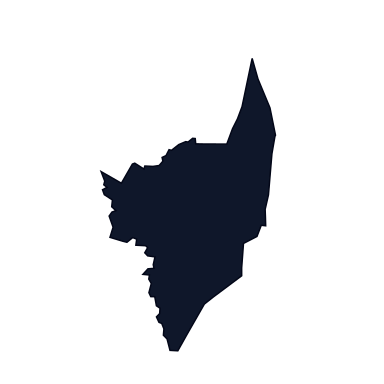 Centre, Pennsylvania, United States of America (Mercator projection), rotated 303°
{"feature_id": "52423323B56573766601238", "entity_name": "Centre", "entity_type": "district", "adm_level": 2, "iso_a3": "USA", "parent_name": "United States of America", "parent_adm1": "Pennsylvania", "projection": "mercator", "projection_center": [-77.904, 40.972], "detail": "fine", "context": "isolated", "style": "filled", "palette": "ink", "viewbox_px": 384, "rotation_deg": 303, "n_neighbors": 0, "source": "geoboundaries", "source_scale": "gbopen_adm2", "svg_char_len": 1207}
<svg xmlns="http://www.w3.org/2000/svg" viewBox="0 0 384 384"><g transform="rotate(303 192 192)"><path d="M51.1,266.6L69.3,265.4L104.7,263.4L108.3,264.6L115.7,267.1L148.8,279.3L155.4,275.0L176.9,263.2L190.1,270.7L201.8,268.2L203.8,272.2L210.6,267.5L217.3,262.8L231.2,257.7L267.6,238.2L283.7,231.3L285.1,231.1L305.0,211.6L322.7,185.8L336.8,169.7L290.8,187.5L278.1,190.3L267.2,191.5L251.1,195.1L249.8,193.0L239.4,176.9L234.4,168.9L238.6,165.6L237.4,163.3L231.8,161.5L230.8,159.3L224.6,155.1L215.8,152.1L215.0,149.7L208.4,150.4L204.7,148.1L202.0,150.8L196.3,150.0L192.2,145.3L188.1,138.3L185.1,139.2L185.0,128.3L183.0,126.8L160.9,128.0L159.6,104.7L153.6,112.9L150.0,114.1L149.6,118.2L145.2,115.7L142.0,119.9L142.0,129.6L135.9,132.7L134.9,138.4L131.6,135.8L126.7,135.6L119.5,145.0L109.3,147.9L113.0,160.7L114.4,164.8L121.5,167.1L122.3,171.3L116.8,173.9L121.7,182.4L121.2,185.1L115.3,185.5L114.3,189.6L117.4,196.3L109.9,199.1L107.3,201.7L103.6,196.9L96.2,195.7L99.2,201.5L95.4,203.2L93.1,207.7L84.1,210.7L81.8,214.4L83.9,217.8L77.2,224.1L77.1,228.5L72.4,231.1L67.9,230.2L64.7,235.3L65.3,238.2L61.9,243.0L56.3,246.0L55.2,251.1L47.2,259.8L51.1,266.6Z" fill="#0f172a" stroke="#020617" stroke-width="1.5"/></g></svg>